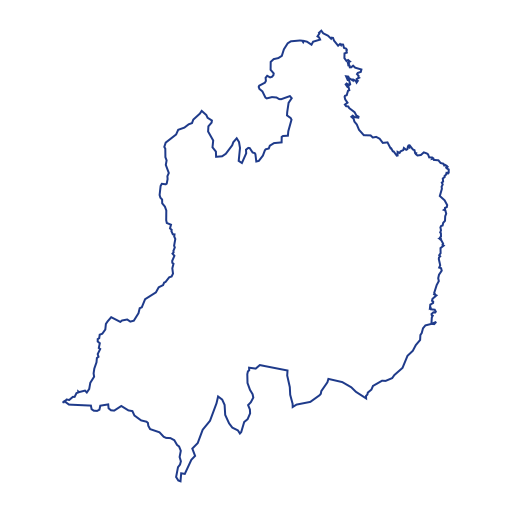 Ho Municipal, Volta, Ghana
{"feature_id": "2480657B35240131522033", "entity_name": "Ho Municipal", "entity_type": "district", "adm_level": 2, "iso_a3": "GHA", "parent_name": "Ghana", "parent_adm1": "Volta", "projection": "natural_earth1", "projection_center": [0.554, 6.677], "detail": "fine", "context": "isolated", "style": "outline", "palette": "blue", "viewbox_px": 512, "rotation_deg": 0, "n_neighbors": 0, "source": "geoboundaries", "source_scale": "gbopen_adm2", "svg_char_len": 5987}
<svg xmlns="http://www.w3.org/2000/svg" viewBox="0 0 512 512"><path d="M431.4,323.9L431.8,317.6L432.7,315.7L431.8,315.4L431.5,314.1L433.4,312.3L435.0,312.6L435.8,311.7L434.7,309.7L430.9,309.3L430.7,308.1L429.9,308.5L430.3,304.6L433.1,303.0L433.2,301.6L432.0,300.8L432.5,298.8L436.4,295.4L434.2,294.3L434.7,293.6L434.2,292.9L436.7,285.0L438.8,281.1L438.2,278.2L439.0,274.7L441.7,270.7L441.1,268.2L439.2,267.6L440.2,265.3L438.8,259.0L439.0,257.5L440.2,256.3L439.2,255.2L440.6,253.2L440.5,248.1L443.7,245.6L442.5,244.8L443.1,243.6L441.3,240.3L439.5,238.7L440.7,238.5L440.1,237.4L441.0,236.4L440.9,233.2L440.2,232.5L441.0,230.3L440.4,227.4L441.1,226.0L442.6,225.5L443.2,222.8L445.0,220.8L445.2,216.2L446.2,213.7L445.4,210.5L443.9,209.9L445.0,209.1L445.0,207.9L446.8,207.1L447.2,205.1L444.6,200.3L439.8,196.0L441.9,188.8L441.6,186.7L442.7,184.5L441.8,182.6L443.1,181.6L442.8,178.5L444.7,177.0L444.6,175.9L446.0,174.7L446.5,172.9L447.4,173.2L447.3,172.0L448.1,173.3L448.7,172.7L448.7,169.5L446.7,168.3L447.4,167.1L446.3,167.0L446.7,165.8L444.9,164.8L444.2,165.4L443.3,163.7L440.6,163.0L438.4,160.3L433.8,159.9L433.4,158.6L432.4,158.8L432.9,158.1L432.2,157.5L429.2,157.4L428.0,154.3L426.7,153.4L423.8,152.4L420.9,155.0L417.5,155.5L415.9,154.2L416.2,153.2L415.1,153.0L414.5,150.2L412.9,149.5L409.6,145.3L408.9,145.4L409.1,147.4L407.9,146.7L407.4,149.2L406.2,149.8L403.9,148.0L403.3,150.1L400.6,151.3L399.6,152.9L397.6,151.9L397.6,155.5L396.8,155.7L393.7,151.5L392.8,151.3L391.2,148.3L390.6,148.4L387.5,142.4L382.8,142.9L379.6,138.7L376.2,136.9L372.8,137.5L370.6,135.4L363.8,135.2L359.0,129.8L356.8,124.5L354.4,121.6L353.6,118.7L351.4,116.8L352.7,115.7L354.6,117.1L358.3,117.7L358.5,116.7L356.3,115.4L354.6,112.2L349.2,108.1L348.3,106.5L346.1,106.2L344.9,104.6L347.5,102.7L345.2,99.4L344.6,96.8L345.0,95.8L346.7,95.2L348.0,90.8L349.3,90.2L348.5,86.8L347.5,87.0L345.7,84.4L346.6,83.6L347.7,85.0L347.8,84.2L349.6,84.9L350.2,84.3L348.9,79.8L347.7,80.0L346.1,76.3L348.3,76.6L349.0,78.1L352.7,80.4L352.6,79.5L353.2,79.5L355.9,81.1L356.6,82.6L357.7,81.0L356.8,80.7L356.7,79.0L359.0,77.8L358.4,77.4L358.6,75.9L357.0,74.1L357.8,72.9L360.8,71.9L361.4,69.5L355.2,67.7L353.1,65.7L351.2,67.3L349.8,67.3L349.6,65.8L347.6,65.2L348.4,65.1L347.9,63.1L348.9,63.4L348.7,62.0L349.9,61.5L348.1,60.0L346.4,60.9L344.4,58.1L344.5,53.4L346.8,52.6L346.4,50.7L346.9,50.0L346.2,48.7L344.0,47.9L343.1,44.6L341.2,44.4L341.0,45.1L340.0,44.0L338.1,45.7L334.0,40.6L333.0,37.9L331.6,37.7L331.1,38.7L328.0,35.7L323.2,33.3L321.3,30.7L319.0,32.8L319.4,33.5L317.5,36.4L319.1,37.4L320.1,39.6L313.1,41.7L311.5,44.7L307.0,41.7L303.8,40.9L303.2,42.2L302.2,40.7L299.9,40.5L290.9,41.3L287.7,43.3L283.9,49.3L281.8,55.9L278.3,58.1L273.7,59.1L270.7,61.9L270.6,69.8L273.7,73.4L273.4,75.2L272.0,76.8L270.1,77.4L267.2,75.8L265.6,77.8L265.9,80.9L264.9,82.7L259.2,85.7L258.7,86.9L259.4,88.9L262.4,91.4L265.4,97.5L266.7,98.4L272.0,97.1L276.5,97.5L279.2,99.1L281.2,99.2L289.9,96.1L291.7,98.2L288.6,102.8L287.2,112.1L287.0,115.4L290.6,118.0L291.5,119.7L288.3,131.2L287.9,135.7L283.0,136.0L281.7,136.9L281.6,142.4L274.0,143.1L269.8,145.7L268.8,148.5L265.7,149.3L264.9,150.3L262.9,155.6L258.8,160.9L256.3,161.5L255.4,154.2L254.7,153.1L252.6,152.5L249.7,148.1L248.3,147.9L246.0,149.7L246.2,153.3L241.9,163.0L238.7,160.9L240.0,148.0L239.0,142.0L236.7,138.3L233.3,142.2L232.2,145.3L225.8,153.8L222.1,156.3L216.1,156.8L215.9,151.6L212.5,147.3L213.2,140.5L208.1,131.5L208.4,126.3L211.6,122.6L211.9,120.5L207.6,117.8L206.3,115.0L201.7,110.9L199.9,113.6L193.3,119.6L192.0,123.1L188.7,124.3L184.4,127.6L178.2,129.8L176.1,134.5L165.7,142.6L164.3,146.9L165.3,148.7L165.4,157.2L166.6,160.4L165.8,164.9L168.8,173.0L167.4,176.2L167.6,179.1L166.7,183.6L165.7,184.3L161.8,183.8L160.6,186.0L159.6,195.0L160.4,197.7L162.1,199.5L162.2,203.3L164.9,206.6L166.3,210.5L166.2,220.2L166.8,223.0L171.0,224.7L170.0,228.4L171.7,229.9L171.4,231.1L172.8,234.3L174.5,234.4L174.2,236.5L175.3,239.0L174.1,245.7L174.8,247.4L173.4,250.9L173.6,252.4L172.5,253.6L174.4,255.8L172.2,260.9L172.3,262.8L173.5,263.8L172.3,268.3L173.0,273.6L171.6,276.5L169.2,277.3L165.5,282.0L164.1,282.6L163.1,285.1L158.7,287.3L155.9,292.4L145.1,299.2L141.8,307.3L139.7,308.2L138.5,313.2L133.8,320.7L130.3,321.6L127.2,319.5L122.0,320.5L120.3,321.9L111.2,317.2L107.6,321.4L105.9,323.9L105.3,329.5L102.3,333.7L99.7,334.7L99.2,338.2L97.7,339.1L97.7,341.5L99.8,343.2L98.8,348.0L100.2,349.0L97.7,354.1L98.5,356.8L96.9,358.0L96.5,362.3L94.3,368.6L93.6,373.4L94.1,376.7L90.3,382.8L89.2,389.0L86.8,392.5L85.0,390.6L79.1,392.1L78.3,391.5L78.4,392.4L76.5,393.1L74.6,396.9L72.8,396.9L69.2,400.0L66.6,399.5L64.9,401.6L69.0,404.6L90.9,405.6L91.6,409.2L93.8,410.7L97.1,410.9L99.4,409.7L100.3,405.7L108.2,404.4L108.6,408.3L111.0,410.3L114.2,410.6L121.3,406.0L128.4,410.4L132.4,411.1L134.4,415.5L141.1,420.4L146.5,421.7L147.9,422.9L148.3,425.8L150.1,429.1L159.5,432.3L163.7,436.8L166.1,437.9L170.4,438.1L174.3,440.2L177.1,445.0L179.1,446.5L180.8,450.8L179.6,457.0L180.9,461.3L180.0,464.6L178.0,467.2L176.1,477.0L178.3,480.5L180.5,481.3L181.2,473.3L184.8,473.9L191.4,459.7L195.1,455.9L192.3,448.6L197.7,443.1L202.7,429.7L210.0,420.8L216.5,403.3L218.1,396.5L222.2,399.6L224.6,404.9L225.2,414.9L229.1,423.4L232.3,427.6L237.9,430.4L239.9,433.5L241.2,432.1L244.2,422.0L247.6,419.2L250.1,413.4L249.9,409.5L248.1,405.1L250.8,402.3L253.3,397.6L252.6,394.2L250.0,389.9L247.5,383.0L247.3,374.2L247.9,371.4L249.2,370.3L249.1,367.7L255.7,368.6L259.8,365.1L287.5,370.5L287.2,375.5L289.8,387.1L290.2,394.8L292.6,403.8L292.7,407.0L296.5,404.6L310.3,401.9L319.5,395.3L320.8,393.8L321.3,391.1L327.4,382.3L328.4,378.9L342.3,382.1L351.3,387.3L355.9,391.8L366.1,398.4L366.0,396.0L367.4,394.5L367.8,392.6L371.4,389.6L373.0,385.9L382.1,380.7L385.6,380.9L392.2,378.1L394.3,375.1L402.5,367.9L407.5,355.8L412.8,350.8L415.8,345.1L420.1,340.0L420.4,335.0L421.7,333.1L423.0,328.3L425.4,325.4L431.4,323.9ZM436.2,321.9L431.4,323.9L434.2,324.1L436.2,321.9ZM63.3,403.1L63.9,401.5L63.4,401.8L63.3,403.1Z" fill="none" stroke="#1e3a8a" stroke-width="2"/></svg>